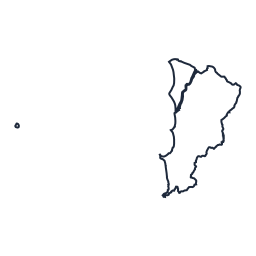 the district of Takua Pa, Phangnga, Thailand
{"feature_id": "78962969B86019353442573", "entity_name": "Takua Pa", "entity_type": "district", "adm_level": 2, "iso_a3": "THA", "parent_name": "Thailand", "parent_adm1": "Phangnga", "projection": "orthographic", "projection_center": [98.301, 8.816], "detail": "fine", "context": "isolated", "style": "outline", "palette": "slate", "viewbox_px": 256, "rotation_deg": 0, "n_neighbors": 0, "source": "geoboundaries", "source_scale": "gbopen_adm2", "svg_char_len": 5844}
<svg xmlns="http://www.w3.org/2000/svg" viewBox="0 0 256 256"><path d="M236.7,101.3L237.4,97.8L238.1,97.0L238.2,96.3L238.9,95.7L239.8,93.9L239.9,93.2L239.9,91.5L239.7,90.4L240.1,88.8L240.6,87.7L240.5,86.8L240.3,86.5L239.0,85.5L238.2,85.2L237.3,85.0L236.7,84.0L235.8,83.2L233.9,84.6L233.5,84.7L232.5,84.7L231.6,84.1L231.3,83.5L230.6,83.0L229.5,82.5L228.6,82.0L227.5,81.6L227.1,81.3L226.7,79.9L226.1,79.5L225.8,78.4L224.8,77.5L224.5,76.7L224.1,76.6L221.7,76.7L221.2,76.6L217.3,73.5L216.9,72.8L215.9,72.2L215.2,70.8L215.1,69.5L214.8,68.9L213.9,67.7L213.0,67.0L212.2,66.6L209.5,66.1L208.8,66.0L207.6,66.2L207.6,68.0L207.3,68.0L207.0,68.7L206.9,69.6L207.0,70.0L204.0,71.4L203.9,71.7L201.2,73.4L199.9,72.9L198.2,71.6L198.1,71.8L197.4,72.0L197.1,71.7L196.0,72.9L194.5,74.4L194.1,75.2L194.1,76.0L193.7,76.9L192.3,78.8L191.9,79.7L191.6,80.9L190.5,83.2L189.9,84.0L188.9,84.8L187.6,84.8L186.8,85.5L186.4,86.3L186.4,89.1L186.2,89.9L185.7,90.5L184.0,91.5L183.3,92.3L183.1,92.8L182.9,93.8L183.0,96.5L182.5,100.0L181.9,101.6L181.5,102.9L180.9,103.7L180.4,105.0L180.0,106.5L179.8,107.9L179.9,108.2L179.5,108.4L178.5,109.9L178.8,110.2L178.4,110.4L177.4,111.3L176.9,111.6L175.9,112.6L174.8,112.9L174.5,113.1L174.5,113.8L175.2,117.8L175.4,121.1L175.3,123.6L174.7,126.2L174.9,126.6L174.6,127.0L174.5,126.9L174.3,127.0L173.1,128.8L172.5,129.4L171.4,130.1L171.0,130.0L170.8,130.1L172.5,132.2L172.9,133.0L173.9,136.9L174.0,138.7L174.1,139.1L174.1,143.9L173.8,146.3L173.3,147.4L172.7,147.6L172.0,149.9L172.1,150.4L171.8,151.0L171.6,151.0L170.9,152.1L170.0,153.2L168.6,153.3L168.2,154.0L167.8,154.2L166.8,155.1L165.9,155.7L164.5,156.4L164.0,156.5L162.9,156.5L161.4,156.2L160.9,155.9L160.0,154.6L159.8,154.7L160.2,155.6L160.3,156.5L160.2,157.6L160.4,158.2L160.8,158.5L161.6,158.9L162.5,159.0L164.5,160.7L164.6,161.0L165.3,163.5L165.6,165.8L165.8,165.9L165.7,166.8L166.6,173.1L166.9,176.2L167.0,176.8L166.9,177.1L167.0,178.0L167.4,179.4L168.3,181.5L168.3,182.3L168.8,184.1L168.7,184.6L168.3,184.8L168.4,185.0L168.5,185.2L168.5,185.7L168.2,186.3L168.5,187.1L168.7,189.0L168.4,189.3L168.3,189.8L167.8,190.0L167.8,190.8L167.6,192.3L167.4,192.4L166.7,192.5L166.5,192.9L165.9,193.1L165.6,193.5L165.2,193.4L165.0,193.7L164.3,193.7L164.1,193.9L163.8,194.0L163.8,194.8L163.1,195.0L163.1,195.3L162.9,195.4L163.0,195.5L163.1,195.8L163.5,196.0L163.4,196.0L163.5,196.2L163.5,196.5L163.9,196.6L164.0,196.8L164.2,196.7L165.0,196.9L164.9,196.1L165.0,195.7L165.6,195.3L166.2,195.2L167.3,195.3L168.6,194.8L168.8,194.5L168.7,194.1L168.9,193.5L170.1,192.8L170.5,192.7L171.1,192.4L171.3,192.2L171.2,191.6L172.4,190.7L172.8,190.5L173.7,190.7L174.2,190.7L174.6,189.3L175.1,189.0L176.0,186.7L177.1,186.7L177.7,187.2L177.6,188.3L178.1,188.9L178.0,189.3L178.1,190.4L178.0,191.0L178.7,191.7L178.9,192.3L179.1,192.8L179.7,192.9L179.9,192.7L180.4,191.9L181.2,191.3L181.6,191.3L182.9,191.4L184.5,190.5L186.7,190.2L187.4,189.4L187.7,188.5L188.2,188.2L189.0,187.1L191.2,186.9L192.4,187.1L192.8,187.0L193.8,186.3L194.5,185.0L194.5,184.7L196.1,184.4L195.8,183.7L196.1,182.6L196.1,181.9L196.3,181.0L196.0,180.2L194.1,178.3L192.6,178.0L191.8,177.5L191.1,177.6L190.8,177.4L190.7,177.1L191.0,176.0L190.9,175.3L191.0,174.8L192.1,174.0L192.3,173.7L192.3,173.1L192.6,172.9L193.3,172.3L193.4,171.8L193.6,171.5L193.8,171.1L194.6,169.8L195.0,169.4L194.9,168.5L195.3,167.5L196.1,166.7L196.1,166.4L195.0,165.4L194.6,164.8L194.6,162.9L196.0,162.2L196.0,161.3L195.9,161.0L195.9,160.6L196.5,159.6L196.9,157.9L197.6,156.8L198.1,156.3L198.5,156.2L199.0,156.2L200.8,156.8L201.1,156.8L201.8,156.1L202.3,155.8L203.2,155.8L204.8,156.2L205.2,156.0L205.6,155.5L205.7,154.8L206.3,154.3L206.6,153.8L206.7,153.3L206.4,152.3L206.9,150.7L208.5,147.8L208.9,147.3L209.8,147.2L210.6,147.5L211.1,147.9L212.3,147.7L213.0,148.0L213.8,148.8L214.0,148.8L215.3,147.3L215.7,147.1L215.9,146.7L216.2,146.6L216.3,146.3L217.9,145.0L218.7,145.0L219.4,144.5L221.3,144.8L221.8,144.6L222.0,144.2L222.0,143.5L221.6,142.2L222.4,141.8L223.0,141.9L222.9,141.4L223.4,141.4L223.6,141.1L223.4,140.9L223.7,140.5L223.5,139.7L223.8,138.8L223.7,138.4L223.6,138.1L223.4,138.1L223.3,137.8L223.8,137.2L223.8,136.8L223.6,136.3L223.6,135.8L223.4,135.8L223.5,135.6L223.2,135.6L223.0,135.3L223.2,135.1L223.2,134.9L222.9,134.4L222.8,133.8L223.1,133.4L222.8,132.8L222.7,132.4L222.2,131.5L222.3,130.4L223.1,129.7L223.3,129.1L223.3,128.6L223.0,128.0L222.4,126.6L222.4,125.2L222.5,124.9L222.4,124.6L222.0,124.2L221.8,123.3L221.6,122.7L221.4,121.6L221.4,120.0L222.8,119.1L224.3,117.9L225.6,116.5L226.8,115.7L226.9,115.3L226.7,114.7L226.8,114.5L228.0,112.4L228.3,112.2L229.4,112.3L229.2,111.4L229.5,110.9L231.2,109.7L232.8,108.3L233.7,107.8L234.4,106.7L234.4,105.5L235.3,103.9L236.3,102.7L236.3,102.0L236.7,101.3ZM174.9,59.1L173.5,59.3L171.9,59.8L169.0,61.8L169.3,62.3L170.0,63.1L171.0,64.5L173.0,69.8L173.5,72.2L174.2,78.3L174.2,80.1L174.1,83.1L173.6,85.5L172.9,86.6L171.3,90.1L169.5,92.9L169.2,93.9L169.8,95.3L171.4,97.3L173.0,99.9L174.0,101.6L174.5,102.8L175.0,104.2L175.3,105.7L175.6,109.4L175.5,111.3L175.6,111.6L175.8,111.2L176.1,110.5L176.7,109.8L177.2,108.6L177.7,108.0L179.3,104.1L180.5,102.0L181.1,100.8L181.4,99.3L181.9,95.0L182.0,93.0L182.2,92.1L184.2,90.3L185.3,89.7L185.6,89.3L185.7,88.6L185.5,86.0L185.6,85.2L186.3,84.8L186.6,84.0L186.8,83.9L187.4,83.9L188.0,84.3L188.5,84.3L190.0,82.7L190.4,81.8L191.4,78.0L192.1,76.8L194.2,72.0L195.0,70.6L195.1,69.8L194.9,68.7L194.6,67.7L194.1,67.4L191.4,66.0L189.9,64.8L184.4,62.9L181.9,61.8L180.9,61.2L180.5,61.4L180.1,61.2L179.6,61.2L179.0,61.0L178.3,60.5L178.0,59.5L177.7,59.3L177.2,59.3L176.7,59.6L176.3,59.2L174.9,59.1ZM17.3,127.5L17.9,127.5L18.6,127.1L18.8,126.5L18.8,125.4L18.2,124.2L17.8,123.9L16.9,123.5L16.6,123.6L16.4,123.9L16.1,124.7L15.4,125.6L15.4,126.5L15.9,127.1L17.3,127.5ZM195.5,72.0L196.2,71.1L196.3,70.3L196.2,70.0L195.9,70.1L195.3,71.1L195.5,72.0Z" fill="none" stroke="#1e293b" stroke-width="2"/></svg>